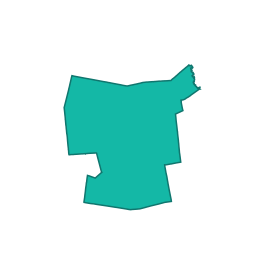 Saceni, Teleorman, Romania, rotated 211°
{"feature_id": "2599482B67630674957093", "entity_name": "Saceni", "entity_type": "district", "adm_level": 2, "iso_a3": "ROU", "parent_name": "Romania", "parent_adm1": "Teleorman", "projection": "equal_earth", "projection_center": [25.054, 44.231], "detail": "fine", "context": "isolated", "style": "filled", "palette": "teal", "viewbox_px": 256, "rotation_deg": 211, "n_neighbors": 0, "source": "geoboundaries", "source_scale": "gbopen_adm2", "svg_char_len": 5007}
<svg xmlns="http://www.w3.org/2000/svg" viewBox="0 0 256 256"><g transform="rotate(211 128 128)"><path d="M203.0,144.0L202.6,142.6L200.9,137.4L200.2,135.2L199.5,133.2L198.9,131.1L198.5,130.0L193.4,113.2L193.3,112.7L189.5,107.7L188.7,106.6L188.3,106.1L186.8,104.1L186.2,103.1L185.8,102.7L184.5,100.9L182.9,98.7L181.9,97.5L180.6,95.7L180.4,95.4L179.6,94.4L178.6,93.0L178.0,92.2L177.4,91.4L177.2,91.3L176.8,90.8L175.4,89.0L172.7,85.2L172.1,84.4L171.3,83.3L170.9,82.8L170.8,82.6L169.8,81.3L169.2,80.5L168.9,80.2L168.0,78.8L167.2,77.9L166.0,76.1L165.1,75.0L164.8,74.7L164.7,74.7L163.0,76.0L161.2,77.1L160.5,77.7L158.6,79.0L154.2,82.1L153.8,82.3L151.9,83.7L151.7,83.8L151.2,83.8L151.2,84.0L151.0,84.3L150.7,84.5L148.7,86.0L142.3,90.3L142.0,90.3L141.9,90.2L139.1,87.4L131.8,80.3L128.0,76.6L127.9,76.5L127.7,76.5L129.0,72.3L130.3,68.2L136.9,66.9L137.8,66.6L138.3,66.5L137.2,63.8L135.6,60.3L135.5,60.1L135.5,59.7L135.4,59.5L134.5,57.6L133.3,54.7L131.7,51.3L131.1,49.9L130.4,48.3L129.3,45.9L127.7,42.0L127.6,41.8L127.4,41.6L127.2,41.7L126.0,42.1L121.1,44.0L119.8,44.6L118.4,45.3L115.7,46.3L105.6,50.5L97.9,53.6L96.8,54.1L87.0,58.0L86.2,58.3L85.6,58.5L84.0,59.2L83.8,59.3L82.1,60.6L81.2,61.2L80.5,61.7L79.5,62.4L76.6,64.5L75.9,65.1L72.2,68.9L71.5,69.7L70.9,70.3L70.0,71.2L68.4,72.9L62.3,78.9L60.9,80.4L59.8,81.5L58.3,83.1L53.0,87.4L53.4,87.9L54.2,88.9L61.3,96.7L64.2,100.0L65.1,100.9L65.1,101.0L66.9,103.1L67.2,103.4L68.1,104.5L68.4,104.8L69.2,105.8L70.3,107.0L72.9,109.7L73.1,110.0L74.4,111.5L76.8,114.2L77.6,115.3L77.1,115.5L76.5,116.0L75.2,117.1L73.1,119.0L72.5,119.4L71.1,120.7L68.7,122.9L67.4,124.0L66.0,125.2L65.2,125.9L66.3,127.3L68.5,130.1L68.9,130.6L70.1,132.1L71.2,133.4L72.4,135.1L74.2,137.5L74.8,138.3L76.5,140.7L77.6,142.1L78.2,143.0L80.2,145.6L80.6,146.1L82.8,149.0L83.2,149.6L83.5,150.1L84.4,151.1L85.0,151.9L86.2,153.5L89.3,157.5L90.4,158.9L91.2,160.0L92.2,161.4L94.0,163.8L94.5,164.4L89.9,171.2L91.5,172.8L94.4,176.0L95.8,177.6L95.8,177.9L96.9,179.1L95.3,180.5L94.7,181.2L94.0,182.2L93.8,182.6L93.5,183.5L92.9,184.6L92.7,184.9L92.3,185.6L92.1,185.9L91.9,186.6L91.5,187.2L91.3,187.7L91.1,188.2L90.9,188.9L89.3,192.5L88.8,193.7L88.3,194.8L87.4,196.9L87.2,197.3L87.2,197.5L87.0,197.9L86.9,198.0L86.7,198.2L86.7,198.4L86.5,198.5L86.8,198.6L87.1,198.7L87.2,198.9L87.3,199.1L87.4,199.3L87.4,199.5L87.2,199.9L87.2,200.0L87.3,200.1L87.5,200.0L87.7,199.7L87.9,199.4L87.9,199.1L88.0,199.0L88.2,198.7L88.6,198.5L88.6,198.4L88.4,198.0L88.5,197.9L88.8,197.9L89.2,198.3L89.3,198.5L89.5,198.5L89.9,198.3L90.0,198.2L90.4,198.4L90.7,198.7L90.8,198.8L91.4,198.7L91.7,198.8L92.0,198.8L92.2,199.0L92.2,199.6L92.3,199.7L92.8,199.5L93.0,199.3L93.6,199.4L93.9,199.6L94.1,199.6L94.2,199.8L94.2,200.3L94.3,200.4L94.7,200.4L95.1,200.3L95.3,200.4L95.2,200.9L95.2,201.0L95.7,201.3L95.7,201.5L95.4,201.7L95.3,201.9L95.2,202.0L95.3,202.1L95.5,202.4L95.7,202.5L95.8,202.7L95.8,203.0L95.8,203.3L95.7,203.4L95.7,203.5L96.1,204.1L96.5,204.5L97.0,204.4L97.2,204.5L97.0,205.0L96.9,205.1L96.9,205.3L97.0,205.4L97.1,205.5L97.2,205.4L97.4,205.3L97.6,205.0L97.9,205.0L98.0,205.1L98.0,205.3L98.0,205.7L98.5,205.4L99.0,205.5L99.1,205.3L99.2,205.2L99.3,205.2L99.4,205.3L99.5,205.8L99.9,206.0L99.6,206.4L99.6,206.8L99.5,207.0L99.5,207.3L99.1,207.3L99.0,207.5L99.5,207.8L99.8,207.8L99.8,208.1L99.6,208.3L99.7,208.5L99.9,208.5L100.1,208.5L100.4,208.5L100.6,208.5L100.7,208.9L100.7,209.0L100.9,209.1L101.1,209.1L101.5,208.8L102.0,209.0L102.4,209.0L102.6,208.8L102.8,208.9L103.0,209.2L103.1,209.3L103.1,209.6L102.9,209.8L102.7,210.1L102.8,210.3L103.3,210.2L103.5,210.2L103.5,210.3L103.4,210.6L103.5,210.7L103.6,210.8L104.1,210.7L104.6,210.9L104.7,211.2L104.7,211.3L105.0,211.4L105.1,211.5L104.9,212.0L104.4,212.3L104.1,212.4L103.7,212.4L103.6,212.5L103.6,212.8L103.6,213.1L103.6,213.3L103.8,213.5L104.2,213.6L104.6,213.7L104.7,213.8L104.9,214.0L105.3,214.0L105.7,214.3L105.8,214.3L106.0,214.4L106.3,214.1L106.4,213.7L106.6,213.4L106.9,213.2L107.2,213.2L107.6,213.3L108.1,213.4L108.3,213.4L108.4,213.2L108.4,212.8L108.4,212.6L108.5,212.6L108.8,211.6L108.9,211.3L108.9,211.2L109.0,210.9L109.1,210.7L109.6,209.5L109.7,209.0L110.0,208.3L110.6,206.4L110.9,205.8L111.5,203.7L112.1,202.2L112.3,201.2L112.5,200.8L112.6,200.4L112.7,200.1L113.3,198.0L113.5,197.6L113.9,196.2L114.3,195.0L114.6,194.2L114.7,193.8L115.0,193.3L115.3,192.4L115.4,191.7L115.5,191.4L115.5,191.0L115.6,190.9L115.9,190.6L116.4,190.4L116.7,190.1L118.3,189.0L118.5,188.8L122.3,186.3L124.5,184.7L124.9,184.5L125.7,184.0L127.6,182.6L128.4,182.0L128.9,181.7L130.2,180.7L131.1,180.2L131.6,179.8L132.6,179.1L135.0,177.4L135.8,176.9L137.6,175.5L138.4,174.9L138.9,174.5L141.0,172.3L141.6,171.8L142.7,170.7L142.9,170.5L143.1,170.2L143.5,170.0L143.6,169.8L144.1,169.4L145.1,168.5L146.1,167.5L147.9,165.9L149.2,164.6L150.0,163.8L150.4,163.6L150.9,163.3L154.8,161.8L155.5,161.6L156.3,161.3L156.9,161.1L160.1,159.9L164.4,158.3L167.8,157.1L168.8,156.6L169.5,156.5L172.7,155.2L184.3,150.9L191.1,148.3L197.3,146.0L200.8,144.7L203.0,144.0Z" fill="#14b8a6" stroke="#0f766e" stroke-width="1.5"/></g></svg>